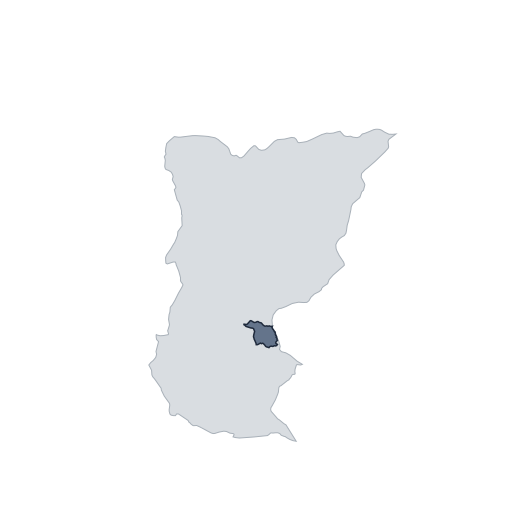 location of Damara, Ombella-M'Poko, Central African Republic, rotated 304°
{"feature_id": "33826404B9315728863093", "entity_name": "Damara", "entity_type": "district", "adm_level": 2, "iso_a3": "CAF", "parent_name": "Central African Republic", "parent_adm1": "Ombella-M'Poko", "projection": "robinson", "projection_center": [18.896, 5.112], "detail": "fine", "context": "in_parent", "style": "filled", "palette": "slate", "viewbox_px": 512, "rotation_deg": 304, "n_neighbors": 0, "source": "geoboundaries", "source_scale": "gbopen_adm2", "svg_char_len": 5520}
<svg xmlns="http://www.w3.org/2000/svg" viewBox="0 0 512 512"><g transform="rotate(304 256 256)"><path d="M342.3,191.4L346.3,192.6L347.0,194.0L345.9,198.7L346.7,201.5L349.0,204.0L351.3,205.0L353.6,205.6L361.3,207.1L364.5,208.8L368.8,214.2L374.2,219.2L375.5,221.8L375.2,224.1L373.7,227.0L373.9,228.2L376.4,231.1L379.2,234.0L384.4,237.3L393.3,242.5L397.4,245.9L398.8,248.5L401.1,251.3L404.3,253.9L406.4,255.9L405.0,261.6L405.4,263.4L406.2,265.0L408.1,267.3L408.8,270.1L410.7,273.7L412.9,275.3L416.6,275.9L418.5,277.6L422.6,280.4L426.5,282.9L428.2,284.6L429.2,286.1L430.1,287.8L430.5,289.6L430.6,293.4L431.3,298.1L433.4,301.4L435.4,303.8L427.4,301.0L426.2,301.0L424.8,301.4L420.7,304.9L419.3,305.3L414.1,304.6L401.4,301.9L391.6,299.3L388.7,298.3L383.4,297.4L380.0,299.2L376.8,305.3L375.8,306.5L370.7,308.3L368.3,307.8L362.5,309.4L353.4,306.9L350.1,307.4L347.6,308.7L341.0,311.4L337.1,313.0L332.5,314.4L328.1,316.6L325.2,317.8L322.3,317.8L319.7,316.5L316.8,315.5L313.4,315.3L309.9,315.9L306.9,318.3L305.6,320.0L303.0,324.6L299.9,332.1L298.7,333.6L297.6,334.4L283.4,330.6L277.3,329.8L273.1,330.9L268.0,328.8L265.7,328.5L264.6,329.1L261.7,328.2L257.0,325.6L252.5,324.6L248.5,324.9L246.0,324.1L244.1,321.6L241.5,317.1L236.9,312.6L230.7,309.0L226.8,306.2L225.2,304.4L221.9,303.4L216.8,303.2L211.9,305.0L204.8,310.6L198.3,322.2L194.6,326.6L191.7,327.7L190.9,330.5L192.4,334.9L192.8,340.0L191.8,348.7L192.1,355.0L190.6,354.0L189.1,351.0L188.4,350.4L184.0,351.7L181.8,352.9L180.6,354.1L179.7,354.3L178.3,352.7L177.2,352.4L175.5,352.7L173.8,352.7L172.7,352.4L171.9,352.6L169.9,351.6L162.4,349.2L161.2,348.4L159.7,348.5L155.8,350.6L153.8,351.2L147.6,352.5L141.0,353.1L138.5,353.2L136.8,354.1L135.7,355.4L133.6,363.4L133.1,364.8L133.2,366.8L132.6,373.2L132.8,375.2L124.9,392.9L123.6,389.9L122.8,386.5L122.5,382.5L122.7,381.5L122.2,380.3L121.5,377.1L122.1,375.0L121.6,372.8L120.1,370.7L118.7,369.1L117.9,367.6L117.2,367.0L115.7,366.7L113.6,366.0L104.9,355.6L95.8,344.0L93.9,340.3L93.2,338.1L95.4,337.8L96.0,337.4L96.0,336.4L94.6,333.5L94.0,329.7L92.8,327.3L89.3,323.8L85.9,321.1L84.8,319.7L84.2,317.7L82.9,305.2L82.3,301.6L81.2,300.1L80.5,299.3L80.2,298.4L80.3,296.2L80.8,294.2L80.7,293.4L81.7,291.7L81.7,280.1L80.6,278.5L78.6,278.5L77.5,276.8L76.6,274.6L76.8,273.1L78.8,270.8L80.1,269.9L84.0,268.0L85.1,267.1L85.8,265.9L86.3,264.4L88.5,258.4L91.9,252.5L93.3,251.3L96.7,242.5L97.5,240.3L98.1,238.0L99.2,236.2L102.9,233.3L105.7,228.1L108.7,228.3L111.8,229.2L115.8,229.6L118.9,228.6L120.9,226.5L130.5,223.1L131.2,220.3L132.7,218.8L134.5,217.5L135.1,217.3L135.2,218.3L136.3,221.2L138.5,224.0L141.7,227.2L142.6,227.0L144.6,224.6L149.7,223.1L150.9,222.5L154.5,219.0L158.8,216.7L161.3,216.0L165.6,213.6L168.7,213.9L173.6,213.6L181.9,212.5L187.9,212.1L190.9,211.7L191.6,211.2L192.8,207.9L193.7,206.9L195.9,205.5L200.3,200.4L203.2,196.1L204.1,194.6L204.7,194.3L205.9,192.5L204.7,190.7L199.8,186.9L199.8,186.4L199.6,185.7L199.8,185.2L201.7,183.7L204.2,181.9L206.9,181.3L214.0,181.4L220.0,181.0L221.4,181.1L226.0,180.2L229.2,179.4L232.5,177.6L239.9,177.8L246.1,173.1L247.9,172.3L248.7,171.6L248.9,170.9L251.8,169.0L255.1,165.2L257.6,161.8L258.3,159.4L265.3,151.2L267.8,151.4L269.0,150.3L271.8,144.9L272.6,143.9L275.5,142.9L276.9,141.3L278.1,138.9L278.1,135.9L277.5,133.5L277.5,132.4L278.2,131.3L279.3,130.2L284.6,127.3L286.0,125.9L286.8,124.6L288.3,124.4L289.9,124.5L290.9,123.7L292.1,122.3L295.8,120.5L299.2,119.1L302.8,119.7L309.3,121.5L311.2,125.4L312.2,126.8L320.2,136.0L321.8,138.2L325.8,144.9L328.3,149.4L331.1,155.9L331.4,159.5L331.0,162.5L330.5,171.1L329.7,173.5L326.2,178.2L326.1,180.2L326.8,182.0L327.9,182.7L328.5,183.5L328.2,187.5L329.4,189.1L332.1,190.1L338.8,190.9L342.3,191.4Z" fill="#d9dde1" stroke="#a8b0b8" stroke-width="1"/><path d="M198.9,287.4L196.3,287.1L196.0,287.0L195.2,287.0L194.3,286.7L193.7,286.0L192.8,284.2L192.3,284.4L192.4,285.2L192.0,287.1L193.6,292.4L194.0,292.8L194.3,293.8L194.4,294.6L193.8,295.4L192.8,297.0L189.2,298.3L187.6,299.1L186.9,300.1L186.1,300.9L184.9,302.9L183.6,304.9L182.6,305.8L183.4,306.9L186.3,308.4L186.3,309.5L187.4,310.3L187.5,311.0L187.0,313.3L186.8,313.7L186.5,314.5L186.5,315.5L186.9,316.5L187.1,317.4L187.3,318.0L188.5,318.1L189.1,318.4L189.9,319.2L190.3,320.3L190.6,320.7L191.2,321.0L191.8,321.3L192.1,321.9L192.3,322.4L193.3,323.2L194.7,323.2L194.6,321.5L195.2,320.8L195.8,320.6L196.9,320.8L198.1,320.8L198.1,320.6L198.2,320.4L198.3,320.3L198.4,320.2L198.6,320.1L198.9,319.9L199.0,319.8L199.2,319.6L199.4,319.5L199.5,319.4L199.7,319.2L199.7,318.8L199.8,318.5L199.8,318.4L200.0,318.3L200.0,318.2L200.3,318.2L200.5,318.2L200.8,318.1L200.9,317.9L200.9,317.7L201.0,317.6L201.1,317.4L201.1,317.2L201.3,317.0L201.3,316.9L201.2,316.8L201.2,316.7L201.3,316.6L201.5,316.4L201.7,316.2L201.8,316.2L201.9,315.9L202.0,315.9L202.0,315.7L202.4,315.5L202.5,315.4L202.8,315.2L203.0,315.1L203.1,314.9L203.2,314.7L203.3,314.6L203.5,314.5L203.4,314.4L203.4,314.2L203.5,314.2L203.4,314.2L203.4,313.9L203.5,313.7L203.8,313.4L203.8,313.2L204.0,313.1L204.0,312.9L204.1,312.7L204.3,312.4L204.4,312.1L204.5,311.9L204.6,311.7L204.7,311.4L204.8,311.2L204.8,310.8L204.8,310.7L205.0,310.3L205.1,310.2L205.4,309.8L205.5,309.7L205.6,309.4L205.7,309.2L205.8,309.1L206.1,309.0L206.4,308.9L206.6,308.8L206.8,308.8L206.1,307.9L205.6,307.0L205.6,306.4L205.4,306.0L204.4,305.2L204.2,304.1L203.3,303.3L202.7,302.2L202.8,300.2L203.5,297.9L203.0,296.4L202.7,295.7L202.8,294.5L202.3,293.6L201.0,293.0L199.8,291.6L199.7,289.0L199.6,288.1L199.3,287.6L198.9,287.4Z" fill="#64748b" stroke="#1e293b" stroke-width="1.5"/></g></svg>